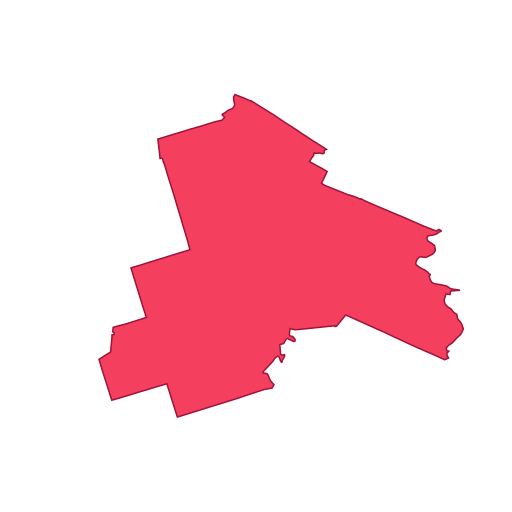 the district of Gurbanesti, Calarasi, Romania, rotated 71°
{"feature_id": "2599482B46558344458581", "entity_name": "Gurbanesti", "entity_type": "district", "adm_level": 2, "iso_a3": "ROU", "parent_name": "Romania", "parent_adm1": "Calarasi", "projection": "orthographic", "projection_center": [26.694, 44.368], "detail": "fine", "context": "isolated", "style": "filled", "palette": "rose", "viewbox_px": 512, "rotation_deg": 71, "n_neighbors": 0, "source": "geoboundaries", "source_scale": "gbopen_adm2", "svg_char_len": 5258}
<svg xmlns="http://www.w3.org/2000/svg" viewBox="0 0 512 512"><g transform="rotate(71 256 256)"><path d="M345.4,439.3L345.8,432.3L346.1,425.3L346.4,416.2L346.6,410.3L346.9,402.9L347.3,392.4L347.8,381.9L382.7,382.8L383.1,369.2L383.7,348.4L384.2,332.4L384.6,320.2L384.6,314.1L384.8,299.0L384.9,291.9L386.1,283.7L383.5,280.9L380.4,282.2L378.4,282.9L376.3,283.2L373.8,283.3L371.9,283.4L370.8,283.8L368.8,287.4L367.4,286.3L364.6,280.9L362.6,277.3L360.9,274.1L359.1,271.8L358.8,271.2L357.9,268.7L357.8,268.2L358.0,267.8L358.3,267.5L359.0,267.1L359.5,266.9L361.0,267.0L362.2,267.0L363.2,266.9L364.1,266.7L364.7,266.6L364.9,266.4L364.9,266.1L364.7,265.9L363.4,265.3L361.3,262.9L360.4,261.9L359.7,261.4L358.9,261.1L358.3,261.5L358.4,263.0L357.9,263.9L357.0,264.5L356.7,264.7L347.5,262.3L347.5,261.9L347.7,259.8L347.8,258.7L347.4,257.8L346.0,256.4L344.8,254.9L344.3,254.0L344.2,253.3L344.5,252.7L344.8,252.4L345.3,252.1L349.2,248.1L349.1,246.8L348.1,246.3L347.0,246.3L344.0,247.5L342.6,249.9L342.2,250.0L341.5,250.1L340.8,249.9L338.4,248.8L335.7,247.3L336.9,245.7L338.0,243.9L338.3,243.3L338.4,243.1L339.4,239.5L344.0,219.7L347.6,204.2L348.4,204.3L348.6,203.1L348.5,202.7L348.4,202.4L341.0,190.4L350.2,180.5L367.7,161.9L368.0,161.5L372.9,156.4L377.9,151.3L386.0,142.9L390.4,138.3L392.4,136.2L393.4,135.2L396.2,132.1L401.7,126.2L404.4,123.2L407.1,120.2L413.6,113.4L414.7,112.3L415.5,111.4L415.5,110.9L415.2,107.3L414.8,107.2L414.3,107.0L413.6,107.8L412.3,107.7L409.9,107.0L409.6,106.8L409.5,106.4L409.3,106.2L409.2,105.8L409.3,105.4L409.1,104.8L408.8,104.6L408.2,105.6L407.8,106.1L407.0,106.3L406.0,106.3L405.1,106.2L404.5,105.3L403.5,103.6L402.9,101.9L402.7,101.0L402.4,100.1L402.1,98.7L401.3,97.1L399.0,93.1L397.2,88.8L395.9,86.9L393.2,84.3L392.1,83.6L389.7,83.7L387.2,83.7L384.3,84.4L383.0,85.1L381.6,85.6L379.1,85.6L376.6,85.1L374.5,86.8L372.8,87.8L369.7,88.7L369.1,89.1L367.0,90.9L364.8,92.2L363.4,92.7L362.0,92.9L360.6,92.6L359.1,92.6L354.8,89.5L353.6,89.0L355.6,85.1L352.8,83.5L352.7,82.2L353.4,80.3L353.7,78.3L354.4,76.1L354.7,74.9L354.8,74.3L353.8,76.0L352.4,78.7L351.1,81.2L349.8,83.1L347.1,84.9L346.6,85.5L346.1,86.0L344.9,88.0L343.3,90.6L342.6,92.0L341.9,93.3L341.1,94.8L340.8,95.3L340.4,96.1L340.0,96.6L339.4,97.3L338.4,98.1L337.8,98.4L336.9,98.6L335.8,98.9L334.6,99.0L333.0,98.9L332.2,98.8L331.9,98.8L331.9,98.7L331.4,98.4L330.9,98.2L330.4,97.3L330.1,97.3L329.6,97.9L327.8,98.7L326.7,99.2L325.1,100.3L323.7,101.5L323.1,102.2L321.9,103.4L320.6,104.4L319.4,105.4L318.1,106.4L316.2,107.4L315.6,107.4L315.1,107.3L314.1,106.8L313.1,106.1L312.0,105.1L310.5,102.8L310.2,101.8L310.5,100.2L311.7,98.0L312.4,96.5L312.6,95.2L312.2,91.8L311.8,88.7L311.0,86.9L310.2,85.9L309.8,85.4L309.3,84.7L308.4,84.4L306.4,84.1L304.0,83.8L303.5,84.2L302.6,84.9L301.4,85.7L300.5,86.3L299.9,86.8L299.2,87.5L298.0,88.3L297.3,88.6L297.0,88.7L296.3,88.8L295.3,88.8L294.3,88.2L293.2,87.3L293.0,86.4L293.5,83.8L293.8,82.3L293.9,80.6L293.9,79.2L293.9,77.9L293.0,75.0L292.9,73.0L292.5,72.7L290.6,74.1L290.4,75.2L291.1,76.6L291.2,77.3L281.8,88.3L276.5,94.0L265.3,106.2L260.7,111.5L257.5,115.0L249.4,124.1L248.9,124.7L247.8,125.9L243.0,131.1L241.6,132.6L238.4,136.0L237.2,136.9L236.9,137.2L236.5,138.2L236.0,138.2L236.0,139.1L235.0,140.2L234.1,141.1L231.4,144.1L230.3,145.8L229.1,147.4L227.8,149.3L226.0,151.4L224.5,153.1L221.7,156.3L216.5,162.4L211.0,168.6L210.9,168.6L208.6,170.4L205.7,167.5L202.3,164.1L199.3,161.2L193.9,165.8L191.8,167.8L189.9,169.6L184.1,174.7L183.9,174.5L183.6,173.9L181.6,171.6L180.3,169.7L179.5,168.5L177.8,168.0L177.5,167.2L178.2,166.4L178.8,164.7L179.5,162.1L180.6,160.4L181.1,159.6L181.1,159.0L181.0,158.4L180.6,157.9L179.6,157.7L178.5,157.0L178.2,155.8L178.1,154.7L168.2,162.5L166.6,163.9L158.2,170.3L155.3,172.7L155.0,172.9L150.7,176.0L144.1,181.2L139.5,184.9L129.1,192.7L126.7,194.6L125.5,195.6L123.6,197.1L121.5,198.8L116.8,202.7L113.1,205.7L107.9,209.9L108.2,210.0L103.8,214.8L102.8,215.9L96.5,223.3L98.2,225.3L101.6,226.4L105.8,226.8L106.8,227.4L107.6,228.4L108.4,229.3L109.0,231.0L109.0,233.5L109.3,235.4L109.7,237.0L110.4,238.1L110.7,240.4L110.9,241.5L111.5,242.1L114.6,240.5L116.5,243.8L115.8,250.3L115.7,251.8L115.5,256.9L115.3,266.0L115.2,266.7L115.2,267.6L115.1,268.8L114.9,272.7L114.9,273.7L114.7,275.5L114.6,278.8L114.4,286.5L114.2,291.7L113.8,301.5L113.8,302.7L113.7,304.4L113.7,306.8L113.6,307.2L113.6,308.6L113.6,308.8L113.5,310.7L115.6,311.2L117.8,311.7L124.4,313.1L129.0,314.1L132.5,315.0L132.7,313.6L132.9,313.2L133.0,313.0L133.3,312.8L133.5,312.8L133.7,312.7L137.1,313.0L137.6,313.0L137.6,312.7L144.1,312.9L150.5,313.2L157.5,313.4L159.5,313.4L160.9,313.5L165.6,313.6L169.6,313.7L171.2,313.7L182.9,314.3L188.9,314.5L194.9,314.7L202.3,315.1L206.0,315.2L219.9,315.8L227.5,316.3L228.5,316.4L228.5,318.5L228.2,326.9L228.0,332.3L227.8,338.8L227.7,343.9L227.5,348.9L227.4,351.2L227.3,355.8L227.2,357.6L227.1,360.8L227.0,366.9L226.5,378.1L243.9,378.7L253.2,379.0L265.3,379.4L269.9,379.5L278.4,379.7L278.2,388.1L278.0,396.4L277.8,402.5L277.3,408.3L276.9,414.2L281.0,416.2L282.0,415.1L284.2,416.0L283.7,417.9L287.3,419.2L290.3,420.6L294.6,422.6L298.9,424.5L299.4,424.8L300.3,428.8L302.2,436.5L302.6,438.1L305.1,438.2L308.9,438.4L311.6,438.5L328.5,438.9L344.0,439.3L345.2,439.3L345.4,439.3Z" fill="#f43f5e" stroke="#9f1239" stroke-width="1.5"/></g></svg>